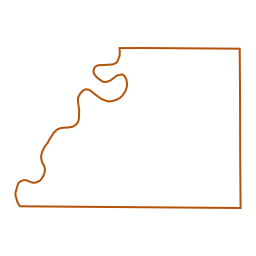 Buchanan, Missouri, United States of America (Natural Earth projection)
{"feature_id": "52423323B327676514277", "entity_name": "Buchanan", "entity_type": "district", "adm_level": 2, "iso_a3": "USA", "parent_name": "United States of America", "parent_adm1": "Missouri", "projection": "natural_earth1", "projection_center": [-94.95, 39.676], "detail": "fine", "context": "isolated", "style": "outline", "palette": "amber", "viewbox_px": 256, "rotation_deg": 0, "n_neighbors": 0, "source": "geoboundaries", "source_scale": "gbopen_adm2", "svg_char_len": 1291}
<svg xmlns="http://www.w3.org/2000/svg" viewBox="0 0 256 256"><path d="M239.7,48.7L143.5,48.0L119.5,48.1L119.5,48.3L119.8,52.3L119.6,55.8L117.6,61.1L116.2,62.8L113.5,64.2L112.3,64.5L98.0,65.3L96.2,66.1L94.9,67.2L93.8,68.9L93.5,71.2L93.7,73.0L94.2,74.1L96.2,76.6L97.7,78.1L101.9,81.1L103.8,82.0L106.5,81.9L109.6,80.9L111.3,79.9L111.8,79.5L111.9,79.4L112.0,79.3L116.3,76.0L117.4,75.4L121.9,74.5L122.6,74.5L123.7,75.2L124.5,76.1L125.4,77.6L126.5,79.9L127.1,85.1L126.6,87.4L125.5,91.0L122.4,95.6L119.9,97.9L116.2,99.9L112.9,100.9L109.5,101.4L108.1,101.3L104.8,100.4L101.2,98.8L96.1,95.2L92.0,91.8L89.6,90.2L87.8,89.5L86.1,89.3L84.9,89.5L82.8,90.9L80.5,93.1L78.3,97.0L78.0,98.5L78.0,101.9L79.2,110.6L78.9,118.5L78.5,120.6L77.9,122.1L75.7,124.9L73.4,126.4L72.3,126.8L68.1,127.5L64.7,127.6L61.3,128.0L58.6,128.8L57.2,129.5L54.5,132.0L53.2,133.6L48.8,140.5L48.1,142.3L45.7,145.2L43.5,148.8L41.8,152.9L41.2,155.9L41.1,157.7L41.8,161.2L42.0,161.9L44.2,166.2L44.9,168.7L44.9,169.9L44.6,172.3L43.6,175.4L41.2,179.3L40.3,180.3L39.1,181.1L36.9,182.2L34.8,182.7L33.6,182.8L31.6,182.4L25.9,180.1L23.2,180.3L21.7,180.8L19.9,181.8L18.5,183.2L18.0,184.0L15.6,192.1L15.4,195.0L17.2,201.4L18.4,203.9L20.0,206.3L240.6,208.0L240.2,160.4L240.0,88.7L239.7,48.7Z" fill="none" stroke="#b45309" stroke-width="2"/></svg>